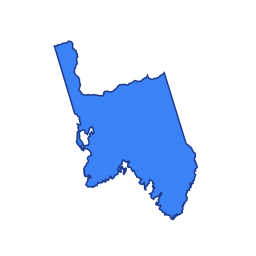 Besiko, Ngöbe Buglé, Panama, rotated 343°
{"feature_id": "35544464B66777465067959", "entity_name": "Besiko", "entity_type": "district", "adm_level": 2, "iso_a3": "PAN", "parent_name": "Panama", "parent_adm1": "Ngöbe Buglé", "projection": "robinson", "projection_center": [-82.066, 8.549], "detail": "fine", "context": "isolated", "style": "filled", "palette": "blue", "viewbox_px": 256, "rotation_deg": 343, "n_neighbors": 0, "source": "geoboundaries", "source_scale": "gbopen_adm2", "svg_char_len": 5893}
<svg xmlns="http://www.w3.org/2000/svg" viewBox="0 0 256 256"><g transform="rotate(343 128 128)"><path d="M72.6,160.7L73.1,162.0L76.3,162.3L76.8,162.2L77.1,161.1L77.6,163.2L78.0,163.2L78.0,164.4L77.7,164.8L77.2,164.7L75.8,163.5L75.0,164.0L74.7,165.7L74.2,165.9L74.3,166.5L71.5,169.2L71.1,170.3L72.0,170.9L72.1,172.1L72.6,172.8L74.4,172.8L75.2,173.6L76.3,173.6L76.6,174.1L77.4,174.0L77.6,174.4L79.2,174.1L79.8,173.4L81.4,174.0L82.8,172.5L83.1,171.3L84.2,172.4L86.2,172.1L87.0,172.8L87.9,171.9L88.3,172.0L88.6,171.0L90.0,172.7L90.7,173.0L90.7,172.1L91.3,172.1L90.9,171.6L91.4,170.4L91.8,170.8L92.9,171.1L93.2,171.9L93.9,171.7L94.2,172.1L95.7,170.0L97.0,168.9L97.7,169.8L97.5,170.6L97.1,170.7L98.0,172.1L99.7,171.2L100.3,171.2L100.2,170.6L102.0,169.4L104.6,169.3L104.5,168.9L105.4,167.9L105.8,167.0L106.0,165.0L106.6,164.4L106.5,165.2L106.8,165.6L106.7,166.3L107.0,166.2L107.2,167.5L108.0,168.1L108.8,167.9L108.8,166.2L109.4,165.4L109.3,164.9L109.5,164.7L110.5,164.9L111.4,166.0L111.6,167.9L110.4,169.7L110.3,170.7L110.7,171.1L112.5,169.3L112.8,168.5L113.7,168.4L113.6,167.5L114.5,166.4L114.5,166.0L114.0,165.7L113.2,167.1L112.2,165.5L111.8,165.4L111.5,165.9L111.3,165.4L110.4,164.6L111.1,164.1L111.4,163.2L110.3,162.8L110.0,163.4L109.2,163.8L108.1,163.2L108.0,162.5L108.7,161.8L112.0,160.6L112.1,159.3L113.9,157.1L115.9,159.7L116.6,159.7L117.1,160.5L118.5,159.7L118.9,159.8L119.5,161.5L119.2,161.6L118.4,161.2L118.0,161.4L116.6,164.2L116.4,165.0L116.8,165.6L117.3,165.4L117.9,165.9L118.5,165.9L119.5,167.5L119.5,167.9L119.0,168.6L119.7,169.7L119.6,170.7L120.3,170.8L120.7,170.0L121.3,170.3L121.5,174.6L122.1,175.9L122.1,177.5L123.0,177.9L124.5,179.3L125.3,180.6L126.0,180.8L125.6,181.2L124.8,180.9L124.3,182.1L122.7,183.4L123.3,185.0L125.2,186.2L126.2,185.9L127.1,184.9L127.5,184.9L127.2,186.7L126.8,187.6L126.8,189.0L126.1,190.8L126.2,191.8L126.7,192.1L126.5,191.6L127.0,191.4L127.1,190.8L126.8,190.6L127.1,190.3L127.6,190.4L127.8,189.2L128.7,188.8L129.3,188.9L130.0,188.2L130.1,187.7L131.8,187.2L133.6,183.8L135.9,186.3L135.4,188.0L136.3,188.7L136.4,189.0L134.9,190.1L134.3,191.2L134.6,191.9L135.6,191.9L136.1,193.2L134.4,193.5L133.9,194.8L134.1,195.6L133.0,195.9L132.8,196.4L131.2,197.5L130.5,197.0L129.5,197.2L130.2,197.9L130.4,198.9L130.4,200.0L129.8,200.6L130.1,201.8L131.7,203.7L132.9,202.4L137.2,202.0L139.0,201.1L140.2,199.7L140.8,199.5L141.2,199.9L140.9,201.0L140.6,201.0L138.2,202.7L138.1,203.2L137.2,203.8L136.9,205.0L135.8,205.6L136.1,207.2L135.6,208.0L135.2,208.4L134.6,208.1L134.4,208.9L134.0,209.0L133.6,207.5L132.3,208.9L132.6,209.7L134.3,210.6L134.7,211.4L136.2,211.3L136.6,211.6L136.4,212.6L134.8,213.6L134.3,214.9L136.2,216.7L136.4,218.5L137.9,219.3L137.9,221.3L138.6,220.6L139.1,220.8L139.3,221.2L138.7,222.0L142.1,223.5L142.7,224.8L142.3,225.7L142.9,226.4L142.8,227.6L144.0,228.4L145.1,226.2L145.3,228.2L146.6,227.4L146.8,226.6L147.3,226.5L147.1,225.6L147.3,225.1L148.8,226.3L149.9,225.9L148.7,225.2L148.8,224.9L149.3,224.6L150.0,224.7L150.7,225.5L151.6,225.8L153.8,225.3L154.1,224.6L155.2,224.7L155.5,224.4L155.6,222.5L156.6,221.9L157.1,220.1L157.0,218.9L158.3,218.8L158.1,217.4L160.1,216.9L159.9,215.6L161.1,215.6L161.6,215.0L163.0,214.4L164.3,211.8L163.5,210.4L164.2,209.3L164.2,208.1L165.2,207.0L166.2,206.5L166.2,205.2L168.5,205.3L169.5,202.8L170.4,203.2L170.9,203.1L170.9,201.7L171.8,201.5L172.3,200.8L170.9,199.9L171.2,199.1L172.0,198.8L173.1,199.8L174.0,199.9L173.9,199.0L174.6,198.3L174.7,197.4L175.5,197.6L176.4,196.8L176.8,195.3L179.0,192.7L178.3,190.8L178.7,189.5L179.5,188.7L180.2,188.7L180.0,187.9L180.8,186.6L181.5,186.6L182.7,185.7L182.9,182.8L182.8,181.9L182.3,181.5L182.7,180.3L182.3,179.4L182.6,179.0L182.2,178.4L182.9,176.1L184.2,174.7L184.5,173.2L184.9,172.5L184.6,171.5L183.1,169.4L183.4,168.5L182.9,167.1L183.0,165.4L181.8,164.2L181.5,163.3L179.0,159.9L178.8,85.7L177.2,86.7L173.9,87.4L173.1,88.3L169.1,88.7L167.2,88.2L165.6,88.9L165.0,88.7L162.4,86.3L162.0,84.7L162.0,83.4L160.2,85.4L159.4,84.9L157.4,85.5L155.8,86.0L154.4,87.2L151.9,86.4L150.8,86.6L149.4,85.1L148.3,84.6L145.0,85.9L142.2,85.8L140.4,87.0L137.3,85.2L134.8,84.8L133.1,84.1L130.3,85.1L129.6,86.1L128.8,86.5L128.0,87.3L127.1,87.2L124.9,88.0L124.5,88.7L122.5,88.5L121.9,88.2L121.1,88.5L119.3,86.8L116.3,86.3L114.9,87.4L114.0,89.6L113.7,89.8L112.5,89.7L111.7,89.1L110.0,88.8L108.8,87.8L108.0,87.9L107.3,87.1L105.9,86.7L105.2,86.0L104.4,86.2L100.9,85.3L99.7,84.3L97.8,84.5L95.1,83.2L94.3,82.2L93.4,80.2L93.1,78.8L92.2,77.7L92.5,76.6L95.0,73.1L95.2,69.3L95.8,67.1L95.5,65.0L93.5,61.8L92.9,59.0L93.4,58.2L94.2,55.5L95.2,55.3L96.5,52.9L98.2,51.7L99.0,46.8L99.6,45.8L100.4,45.7L100.8,45.0L100.5,44.2L101.1,42.3L100.7,41.1L100.8,38.8L100.0,37.9L99.7,37.0L98.4,35.9L99.7,31.4L99.6,30.5L98.9,28.9L96.9,27.6L93.7,28.8L91.9,28.0L87.6,28.4L85.3,28.0L84.6,28.2L84.4,29.0L81.6,28.0L81.2,98.7L83.3,100.6L83.7,102.8L84.2,103.2L84.8,104.3L83.9,105.4L84.2,106.4L83.8,107.5L84.0,108.7L83.8,111.2L80.7,109.4L81.2,112.4L80.0,113.1L80.5,115.2L80.1,116.7L78.5,116.8L77.5,119.4L77.3,120.9L76.7,121.6L75.7,124.7L74.6,126.1L74.8,127.4L75.3,127.4L75.2,129.1L75.4,130.0L76.4,130.9L76.3,131.9L77.3,132.6L77.1,133.4L77.6,135.7L78.3,136.0L78.6,136.6L79.1,136.6L79.4,135.4L79.3,133.9L78.2,133.8L77.9,133.3L78.2,131.5L80.6,131.3L80.0,127.8L78.6,124.5L80.3,117.6L82.8,116.9L85.2,116.7L86.0,118.3L85.4,119.5L85.5,120.1L87.3,122.3L87.5,121.2L88.9,120.6L89.7,119.4L90.1,118.1L90.8,117.9L91.2,117.2L93.5,116.0L94.4,119.0L94.0,122.9L92.6,123.4L92.2,120.9L90.6,122.1L89.4,122.4L89.7,124.5L87.9,125.0L87.0,125.7L86.6,126.9L86.9,128.8L86.0,131.8L85.2,132.8L83.5,132.4L80.6,132.7L80.5,135.2L83.0,136.1L84.8,138.6L84.9,139.9L85.4,141.0L84.8,142.2L85.2,143.5L82.9,143.6L81.6,144.0L80.6,144.6L80.2,146.0L80.6,147.5L80.0,148.8L78.2,149.8L77.0,151.5L76.0,151.9L73.9,153.9L73.4,155.7L73.9,156.0L73.4,156.4L73.7,157.2L72.7,158.0L72.9,158.6L72.7,159.2L73.5,160.2L72.6,160.7Z" fill="#3b82f6" stroke="#1e3a8a" stroke-width="1.5"/></g></svg>